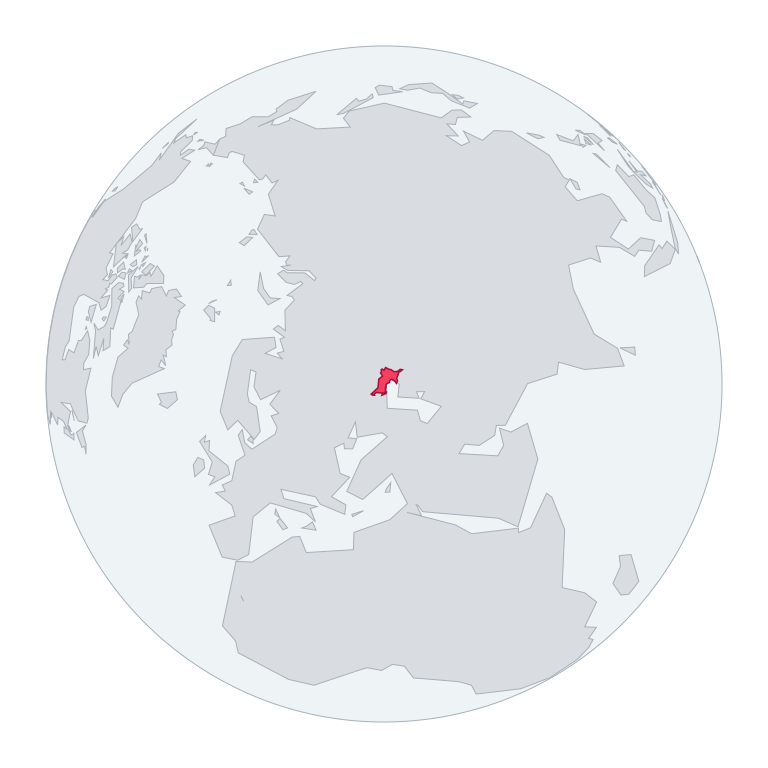 Atyrau on an orthographic globe, rotated 304°
{"feature_id": "KAZ-3198", "entity_name": "Atyrau", "entity_type": "Region", "adm_level": 1, "iso_a3": "KAZ", "parent_name": "Kazakhstan", "parent_adm1": "", "projection": "orthographic", "projection_center": [51.054, 47.461], "detail": "coarse", "context": "on_globe", "style": "filled", "palette": "rose", "viewbox_px": 768, "rotation_deg": 304, "n_neighbors": 0, "source": "natural_earth", "source_scale": "10m", "svg_char_len": 11444}
<svg xmlns="http://www.w3.org/2000/svg" viewBox="0 0 768 768"><g transform="rotate(304 384 384)"><circle cx="384" cy="384" r="338" fill="#eef3f6" stroke="#a8b0b8"/><path d="M364.5,46.6L367.3,48.2L358.5,48.2L360.4,49.2L371.5,49.5L378.4,49.7L400.0,59.0L435.3,69.3L451.1,70.1L444.0,72.5L477.0,73.4L499.2,80.7L471.2,74.1L466.2,74.9L479.8,80.3L477.5,82.4L482.7,86.5L478.8,88.8L462.8,85.6L459.9,87.2L469.7,91.0L471.9,96.3L458.0,90.3L460.4,99.1L434.1,97.0L400.0,82.0L382.4,85.5L339.4,83.2L340.4,86.5L324.7,88.7L319.9,93.6L313.3,92.5L315.3,97.5L322.2,97.7L325.4,100.1L323.2,103.2L314.4,102.0L314.2,100.3L310.5,101.7L307.0,99.9L307.5,102.5L297.1,101.2L304.1,107.3L293.0,110.3L287.0,108.2L292.0,102.2L290.4,84.8L285.9,82.1L274.4,83.7L243.5,98.9L236.7,99.0L224.1,103.7L225.8,106.0L236.3,103.4L236.4,109.6L249.1,106.4L251.0,108.8L262.3,108.6L255.8,115.6L243.3,122.7L233.6,123.4L227.9,126.8L233.2,132.2L211.4,140.2L190.5,157.8L185.4,159.6L182.4,151.1L192.2,135.0L188.2,126.7L185.9,139.4L173.1,144.8L168.9,149.1L166.8,153.4L169.7,154.5L164.3,158.2L164.6,146.3L169.5,142.7L169.4,146.3L173.9,139.1L174.0,132.4L167.6,136.3L174.6,124.2L170.1,127.1L169.1,126.5L175.8,122.5L163.8,129.9L170.7,121.9L191.8,106.1L214.1,91.9L237.4,79.5L261.7,69.0L286.7,60.4L312.2,53.8L338.2,49.2L364.5,46.6ZM381.8,49.6L372.0,49.4L362.8,48.7L371.2,48.4L381.8,49.6ZM398.9,53.1L393.7,53.1L392.1,51.0L395.6,51.6L398.9,53.1ZM462.9,70.7L455.3,68.5L463.5,70.1L462.9,70.7ZM484.1,86.7L487.0,86.8L488.5,88.9L484.1,86.7ZM265.1,105.0L263.7,106.7L262.3,105.8L265.1,105.0ZM271.3,103.4L270.7,101.0L273.6,99.9L273.9,101.4L271.3,103.4ZM483.9,94.6L485.4,98.3L481.1,93.9L483.9,94.6ZM271.4,106.6L278.7,98.4L283.8,96.7L289.2,101.0L271.4,106.6ZM484.5,100.1L488.4,109.9L495.2,110.8L478.3,114.6L480.6,104.6L474.2,98.8L480.8,101.2L484.5,100.1ZM325.4,96.4L317.8,96.3L326.1,93.6L325.4,96.4ZM329.9,94.2L350.7,83.6L360.7,85.8L351.7,88.6L366.3,89.6L360.9,95.7L351.7,96.6L346.3,93.9L348.4,98.4L329.9,94.2ZM468.4,115.5L467.0,117.6L465.4,114.8L468.4,115.5ZM327.3,100.9L330.6,98.3L339.5,99.9L334.5,105.3L333.2,103.0L327.3,100.9ZM372.7,87.1L378.5,89.5L375.7,95.0L377.6,96.8L361.7,96.1L372.7,87.1ZM330.1,104.3L331.8,108.1L325.6,110.3L324.7,103.5L330.1,104.3ZM344.0,98.2L348.0,99.3L344.1,100.4L344.0,98.2ZM304.6,121.2L308.4,117.6L313.4,118.1L304.6,121.2ZM332.8,109.4L334.9,108.7L337.3,108.6L337.0,111.6L332.8,109.4ZM360.8,100.3L358.5,102.2L367.2,100.8L365.5,105.3L355.2,104.1L358.9,106.5L358.4,107.9L350.6,105.5L360.8,100.3ZM344.0,114.4L330.3,115.1L322.2,121.3L317.5,121.0L331.4,111.2L344.0,114.4ZM348.5,109.3L344.7,112.3L340.8,110.1L341.1,106.8L348.5,109.3ZM368.0,108.9L373.3,102.3L375.4,102.8L368.0,108.9ZM342.4,116.6L345.7,116.4L342.3,117.3L342.4,116.6ZM361.0,111.6L362.6,109.1L364.9,109.8L361.0,111.6ZM351.1,118.3L346.7,118.5L346.7,116.0L351.1,118.3ZM356.2,115.6L359.0,117.1L349.4,115.1L356.6,114.3L356.2,115.6ZM362.9,112.6L364.8,112.2L361.9,113.6L362.9,112.6ZM353.4,127.8L341.3,125.9L341.4,120.4L353.2,122.9L353.4,127.8ZM85.7,469.9L79.6,413.5L87.9,404.7L93.2,385.3L154.1,360.6L162.7,374.3L205.8,393.5L210.5,399.5L200.8,413.8L229.5,451.3L244.2,442.1L274.7,464.7L297.9,470.3L314.3,440.7L276.3,430.9L274.2,413.2L308.3,407.4L342.3,416.3L342.5,409.8L324.9,391.6L336.6,381.5L319.3,384.3L323.4,392.1L312.7,394.3L308.2,387.4L312.5,383.9L303.4,378.5L285.3,397.7L287.5,407.7L261.2,403.5L262.5,420.0L254.0,424.4L248.7,398.2L252.2,390.4L239.1,357.5L233.0,365.1L245.0,397.0L239.5,392.6L231.4,404.2L233.3,391.9L221.8,356.2L200.7,349.8L167.0,367.2L156.1,361.3L150.0,346.7L169.1,317.9L191.4,334.4L198.5,325.5L199.8,305.2L206.5,312.3L209.8,306.4L218.7,311.9L237.2,304.5L247.2,308.6L260.0,291.8L266.9,292.0L257.3,301.6L256.1,311.0L281.6,321.8L288.2,319.8L294.5,308.3L300.7,313.2L303.5,300.7L320.9,301.5L302.0,290.5L308.9,277.8L322.4,271.2L321.3,265.4L299.3,276.3L293.5,282.6L294.0,291.0L275.4,307.9L265.5,307.4L272.1,283.1L258.6,280.2L269.7,263.5L322.4,242.5L341.6,241.7L361.5,267.0L353.9,274.1L342.9,268.3L347.9,285.4L349.9,278.3L355.1,282.7L363.0,272.7L367.0,275.4L367.7,261.5L373.5,263.7L373.0,272.5L389.7,260.6L403.3,262.8L405.1,258.9L403.2,254.1L421.8,260.7L422.3,257.5L416.4,254.1L413.6,245.9L415.9,234.2L422.2,237.1L422.2,241.7L431.8,256.2L430.9,268.6L433.7,268.7L436.0,258.6L424.4,240.8L423.9,233.1L430.7,240.5L428.2,237.2L430.0,234.2L437.6,234.3L430.8,225.8L441.7,192.5L457.7,190.0L462.4,199.8L476.7,182.0L493.6,182.2L488.1,178.8L491.3,169.0L486.0,168.7L483.6,166.4L489.4,143.0L495.6,140.3L491.9,128.0L489.1,126.4L484.2,127.6L478.3,114.6L495.2,110.8L500.7,114.3L507.5,110.2L519.1,119.2L531.9,125.3L540.7,138.6L550.1,142.9L551.6,140.8L565.5,145.7L588.6,163.9L563.0,157.9L526.9,135.6L541.1,145.1L535.8,145.8L539.6,151.2L549.7,158.1L552.2,157.0L557.8,185.5L578.1,212.3L581.7,201.7L590.9,202.5L617.1,227.3L636.6,282.6L649.1,287.3L654.5,294.9L653.9,306.6L646.0,295.7L639.1,298.1L634.8,290.6L631.1,306.8L624.7,296.8L625.0,315.0L632.5,319.6L638.1,308.4L641.1,329.4L655.6,333.5L664.9,348.7L666.0,393.1L655.7,417.5L656.7,423.5L648.7,423.9L644.0,441.8L663.6,458.3L665.1,466.5L654.7,494.2L653.4,488.7L632.2,489.8L632.5,511.2L648.7,514.9L654.4,528.0L643.8,531.7L637.5,520.5L630.0,520.4L629.0,502.9L617.0,482.6L606.1,495.5L604.0,484.8L585.8,470.5L568.5,487.9L542.9,530.3L544.2,557.6L533.3,573.0L508.2,542.2L499.7,516.4L489.0,522.0L464.6,502.8L417.6,507.7L412.5,500.3L403.3,504.5L386.4,497.3L379.2,484.5L368.3,485.2L388.0,518.4L399.9,517.6L412.0,504.5L415.1,516.1L431.6,524.9L407.8,553.5L340.6,574.9L336.7,553.9L299.7,487.3L302.3,480.5L302.3,479.7L302.0,478.1L295.8,488.8L290.4,474.9L307.2,522.2L308.8,540.4L339.6,576.0L336.0,578.7L346.7,585.9L384.3,579.9L384.0,586.5L364.5,615.1L314.8,645.5L323.1,667.1L322.2,682.2L294.9,686.2L301.1,696.2L287.5,695.9L289.1,700.1L280.4,701.1L264.3,698.4L233.0,685.7L228.1,682.0L207.8,667.7L178.5,633.8L183.2,625.0L179.1,612.5L156.8,572.7L161.5,558.7L156.3,547.8L145.1,542.1L139.4,528.7L133.0,523.5L95.1,494.4L85.7,469.9ZM128.4,383.7L125.5,389.1L128.4,383.7ZM375.3,441.9L397.5,444.0L392.3,422.7L400.4,421.9L395.7,415.2L391.8,421.1L381.0,402.7L392.2,396.9L392.0,387.5L384.6,386.4L365.7,400.3L381.0,426.4L373.9,434.7L375.3,441.9ZM173.1,145.5L172.9,146.5L169.8,151.2L169.3,149.6L173.1,145.5ZM167.6,170.6L159.1,176.2L164.9,170.7L162.5,169.0L171.8,156.1L183.3,159.9L176.4,160.2L167.6,170.6ZM187.3,140.8L180.1,148.0L187.6,140.0L187.3,140.8ZM219.1,270.7L220.2,277.1L213.9,282.3L201.3,279.0L210.2,271.2L219.1,270.7ZM223.3,285.3L233.3,263.2L241.6,265.0L235.3,267.6L239.7,271.0L230.7,276.2L228.7,300.3L223.1,306.6L202.8,295.9L212.5,295.6L210.8,289.0L223.3,285.3ZM244.5,209.7L249.0,201.9L261.1,215.7L255.5,221.5L242.6,218.1L241.5,209.2L244.5,209.7ZM279.5,116.5L280.4,113.8L282.9,114.0L284.1,116.4L279.5,116.5ZM306.0,119.5L278.0,128.9L277.6,126.1L261.7,135.8L254.5,132.5L265.1,126.2L247.7,131.3L254.3,124.3L242.6,128.8L266.9,115.1L272.2,109.5L269.0,116.8L275.4,119.9L279.8,119.6L296.2,114.8L310.8,105.1L319.5,107.2L321.8,111.3L319.6,113.9L314.6,111.6L315.3,116.8L306.4,115.5L306.0,119.5ZM343.3,167.2L338.5,161.8L338.3,175.1L329.5,172.6L330.0,174.4L321.8,175.9L312.7,181.0L309.4,178.8L307.3,181.8L301.8,183.2L297.8,186.6L290.4,184.1L284.9,188.3L284.5,184.8L277.1,192.8L279.3,185.8L272.4,187.4L273.9,193.3L243.7,174.6L229.3,173.3L216.0,176.4L221.6,164.8L237.6,155.0L257.5,148.4L270.5,151.8L270.7,146.3L277.0,146.5L274.2,150.7L282.2,144.4L286.7,145.8L304.4,141.9L313.2,132.7L319.9,131.3L318.7,135.7L326.2,131.4L328.5,138.8L333.3,138.2L340.4,145.2L335.2,154.4L341.0,153.1L346.7,158.8L343.3,167.2ZM355.1,129.9L350.9,140.8L344.1,145.0L334.6,131.1L329.9,130.7L323.6,122.6L333.8,116.9L334.6,119.6L337.8,121.0L333.4,122.3L339.3,122.3L340.7,126.3L345.7,127.5L343.0,130.6L355.1,129.9ZM218.6,396.3L222.7,399.2L229.7,401.8L224.8,409.5L218.6,396.3ZM210.3,372.0L214.4,373.0L210.8,384.5L206.6,381.7L210.3,372.0ZM219.7,364.2L214.9,372.2L215.0,366.2L219.7,364.2ZM261.5,302.1L266.2,302.7L265.5,305.7L261.5,308.9L261.5,302.1ZM341.0,208.7L339.3,204.3L341.4,203.3L344.5,193.2L351.3,194.6L352.1,201.3L341.0,208.7ZM306.1,444.7L297.7,449.3L294.9,445.5L298.4,444.6L306.1,444.7ZM257.9,430.2L267.5,437.9L256.5,432.3L257.9,430.2ZM348.9,208.5L349.4,204.1L352.5,207.6L348.9,208.5ZM356.4,195.2L360.6,198.4L352.5,193.6L356.4,195.2ZM380.7,684.2L362.9,705.6L346.6,704.5L341.5,698.4L346.7,685.3L364.9,682.1L373.3,675.0L380.7,684.2ZM692.8,514.3L696.2,508.5L695.8,509.8L692.8,514.3ZM689.4,517.7L693.9,510.5L688.1,521.1L689.4,517.7ZM695.5,507.7L699.9,498.0L701.9,493.0L701.2,495.6L695.5,507.7ZM686.1,522.7L665.5,548.4L656.5,555.5L659.3,549.5L673.9,534.5L686.1,522.7ZM658.6,550.2L643.9,553.9L618.7,539.8L627.8,534.0L653.1,534.2L651.7,538.8L660.6,538.6L658.6,550.2ZM691.4,493.1L689.7,504.6L679.0,518.3L673.8,523.1L670.2,514.7L672.3,505.6L676.8,500.6L690.6,456.7L696.2,454.8L692.8,471.2L697.1,473.9L691.4,493.1ZM545.9,559.4L554.8,571.2L548.4,576.2L545.9,559.4ZM693.4,431.3L689.7,450.5L692.1,428.6L693.4,431.3ZM693.1,413.3L694.8,418.1L691.4,416.5L693.1,413.3ZM659.2,431.3L654.6,438.0L653.1,434.2L658.1,423.4L659.2,431.3ZM671.9,361.7L677.0,373.6L677.9,378.7L673.3,374.3L671.9,361.7ZM407.7,218.7L395.8,230.8L391.8,241.5L396.6,250.0L384.7,243.6L390.9,227.1L407.7,218.7ZM436.9,195.2L432.6,188.4L437.7,188.4L439.4,189.9L436.9,195.2ZM432.0,193.2L420.5,190.7L420.3,185.0L429.3,188.1L432.0,193.2ZM384.4,198.8L380.5,202.1L378.0,199.1L384.4,198.8ZM660.9,577.7L661.4,576.9L664.9,571.8L660.9,577.7ZM701.0,498.7L706.7,481.7L708.8,475.8L701.0,498.7ZM719.3,426.1L717.7,435.2L717.3,434.4L718.9,424.7L716.2,433.3L719.3,417.7L719.7,421.7L721.1,406.5L721.4,401.9L719.3,426.1ZM717.4,438.9L717.5,438.4L717.6,437.7L717.4,438.9ZM711.3,456.8L710.9,460.0L709.8,461.3L711.3,456.8ZM713.0,450.9L715.8,443.4L712.5,454.1L713.0,450.9ZM699.7,471.8L701.2,475.2L705.9,462.2L702.3,474.8L704.5,478.9L703.0,484.7L701.0,479.9L698.8,493.3L696.6,497.0L696.3,489.5L699.0,473.5L701.1,464.6L709.0,446.2L699.7,471.8ZM713.3,443.4L712.3,438.7L712.9,431.8L714.0,432.8L713.3,443.4ZM707.8,428.7L703.4,426.8L700.7,436.4L704.7,411.4L708.6,417.3L707.8,428.7ZM701.8,415.2L699.5,424.0L701.0,410.8L701.8,415.2ZM698.1,422.5L696.3,416.9L699.0,413.2L698.1,422.5ZM703.4,412.4L701.4,400.7L703.9,404.6L703.4,412.4ZM691.4,404.8L699.5,405.4L691.5,413.6L684.5,393.6L687.4,387.7L691.4,404.8ZM665.6,289.9L661.1,285.2L661.9,278.8L664.7,283.7L665.6,289.9ZM660.3,255.4L660.7,275.6L660.2,292.8L663.4,291.9L668.8,304.6L660.6,300.6L656.4,281.3L657.8,270.2L652.0,260.5L649.4,248.2L640.7,239.3L637.6,232.0L645.9,236.9L660.3,255.4ZM636.8,236.0L620.6,218.1L624.8,211.0L629.3,213.2L635.0,224.3L632.4,227.3L636.8,236.0ZM617.9,211.9L615.3,214.9L585.9,199.2L580.8,194.3L605.4,201.4L604.2,204.8L610.6,210.2L617.9,211.9ZM470.6,118.6L467.3,117.7L470.3,116.8L470.6,118.6ZM480.7,166.6L477.9,163.3L481.5,162.1L480.7,166.6ZM472.2,153.9L470.1,157.5L469.7,152.5L472.2,153.9ZM465.9,166.1L468.0,158.4L469.8,167.6L465.9,166.1Z" fill="#d9dde1" stroke="#a8b0b8" stroke-width="1"/><path d="M369.3,382.3L368.2,380.5L368.8,380.0L368.5,379.0L377.6,381.1L385.2,376.9L389.8,378.4L391.2,374.9L393.2,374.8L394.1,373.7L395.3,374.0L395.7,376.4L398.6,376.1L399.0,379.9L399.9,381.8L399.8,385.4L402.0,388.2L405.2,389.2L406.1,391.3L403.5,390.6L401.9,389.3L401.1,390.1L395.8,391.3L394.2,393.5L391.4,393.9L392.6,390.9L392.2,389.5L391.9,389.7L392.7,388.6L392.1,387.3L389.6,386.7L388.3,387.8L386.5,386.4L384.6,386.0L382.0,387.7L381.5,387.3L379.0,389.4L376.9,389.1L377.2,390.2L376.6,389.8L376.6,390.6L373.5,388.5L375.7,388.0L372.6,382.3L369.6,381.5L369.3,382.3ZM378.7,390.5L378.9,391.3L378.6,390.5L378.7,390.5Z" fill="#f43f5e" stroke="#9f1239" stroke-width="1.5"/></g></svg>